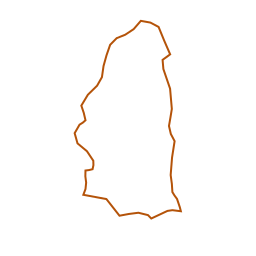 SVG path tracing the border of Qəbələ, rotated 160°
{"feature_id": "AZE-1724", "entity_name": "Qəbələ", "entity_type": "District", "adm_level": 1, "iso_a3": "AZE", "parent_name": "Azerbaijan", "parent_adm1": "", "projection": "albers", "projection_center": [47.781, 40.923], "detail": "fine", "context": "isolated", "style": "outline", "palette": "amber", "viewbox_px": 256, "rotation_deg": 160, "n_neighbors": 0, "source": "natural_earth", "source_scale": "10m", "svg_char_len": 800}
<svg xmlns="http://www.w3.org/2000/svg" viewBox="0 0 256 256"><g transform="rotate(160 128 128)"><path d="M119.3,36.6L137.1,35.0L139.0,39.3L147.2,44.8L156.5,46.9L166.0,48.5L172.6,68.6L192.8,80.5L188.8,85.2L186.0,91.0L184.6,97.2L182.5,102.6L179.0,101.8L175.4,101.4L173.2,104.9L171.8,109.1L174.5,120.2L180.7,130.8L179.9,141.4L172.4,147.7L168.6,148.5L165.3,149.8L164.4,157.3L164.2,165.0L154.3,173.0L142.6,178.3L135.1,184.7L129.8,194.6L123.3,203.7L116.3,212.3L107.9,216.3L98.7,216.6L88.8,219.0L79.3,224.3L70.9,219.4L64.7,212.5L64.1,197.7L63.2,182.8L72.2,180.2L74.6,171.3L75.0,150.6L80.3,130.9L84.5,123.4L88.8,115.9L89.8,107.7L88.7,99.7L96.7,85.2L104.0,69.2L105.9,60.5L108.2,52.6L107.4,48.7L106.2,44.6L106.4,35.8L106.8,31.7L114.4,35.6L119.3,36.6Z" fill="none" stroke="#b45309" stroke-width="2"/></g></svg>